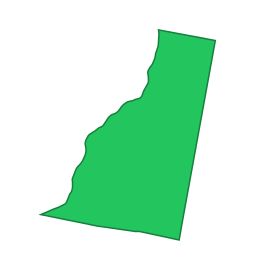 Henderson, Illinois, United States of America, rotated 10°
{"feature_id": "52423323B60960252709384", "entity_name": "Henderson", "entity_type": "district", "adm_level": 2, "iso_a3": "USA", "parent_name": "United States of America", "parent_adm1": "Illinois", "projection": "albers", "projection_center": [-91.022, 40.853], "detail": "fine", "context": "isolated", "style": "filled", "palette": "green", "viewbox_px": 256, "rotation_deg": 10, "n_neighbors": 0, "source": "geoboundaries", "source_scale": "gbopen_adm2", "svg_char_len": 1004}
<svg xmlns="http://www.w3.org/2000/svg" viewBox="0 0 256 256"><g transform="rotate(10 128 128)"><path d="M198.8,26.7L141.0,26.1L142.2,30.1L142.6,34.5L142.9,36.2L143.4,41.0L143.4,42.7L142.3,50.0L142.4,53.4L142.1,56.0L140.8,61.2L138.8,65.2L137.8,68.5L137.8,69.9L138.9,73.1L139.7,76.7L140.0,78.5L139.9,80.5L137.0,88.8L136.1,94.1L135.3,95.7L134.0,96.9L130.4,98.5L128.2,100.1L123.6,102.0L121.8,103.4L119.6,105.6L118.9,106.7L118.3,107.4L115.4,113.3L113.3,115.6L110.0,117.5L109.2,118.2L107.2,120.6L106.3,122.4L105.2,125.2L103.0,130.0L102.2,130.9L99.2,133.0L95.6,137.0L91.1,141.1L90.1,142.7L88.7,147.2L88.4,150.0L88.7,151.5L90.3,155.9L90.7,158.8L90.5,162.1L89.0,168.0L88.3,169.8L86.7,172.7L84.7,175.6L83.9,178.1L82.0,187.6L82.2,189.2L82.6,190.3L83.6,195.5L83.7,197.9L83.3,200.8L83.1,201.2L82.1,203.2L80.6,210.7L80.2,212.2L79.6,213.1L79.0,213.9L74.0,217.7L68.3,221.1L57.2,228.4L115.0,229.9L153.6,228.6L157.1,227.9L197.8,229.4L197.8,209.1L198.8,26.7Z" fill="#22c55e" stroke="#15803d" stroke-width="1.5"/></g></svg>